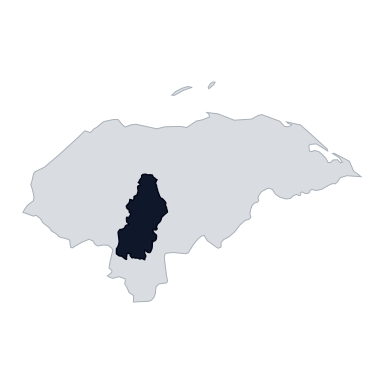 Francisco Morazán on a map of Honduras (Robinson projection)
{"feature_id": "HND-639", "entity_name": "Francisco Morazán", "entity_type": "Department", "adm_level": 1, "iso_a3": "HND", "parent_name": "Honduras", "parent_adm1": "", "projection": "robinson", "projection_center": [-87.226, 14.346], "detail": "fine", "context": "in_parent", "style": "filled", "palette": "ink", "viewbox_px": 384, "rotation_deg": 0, "n_neighbors": 0, "source": "natural_earth", "source_scale": "10m", "svg_char_len": 5800}
<svg xmlns="http://www.w3.org/2000/svg" viewBox="0 0 384 384"><path d="M361.0,176.7L346.9,175.7L340.3,177.7L337.4,182.0L335.0,183.9L332.9,183.5L328.7,185.2L322.4,189.0L316.6,190.5L311.5,189.5L310.1,190.5L309.7,191.7L308.9,193.0L306.9,193.6L304.7,193.3L302.1,191.9L300.8,192.5L300.6,195.0L299.2,195.7L296.6,194.5L293.7,195.4L290.5,198.4L285.9,199.0L280.0,197.3L275.4,194.1L272.2,189.3L268.3,188.1L261.5,191.6L258.6,195.8L258.0,198.3L258.7,200.7L257.5,202.2L254.3,203.0L251.9,205.8L250.3,210.7L250.0,214.5L250.9,217.1L249.4,219.1L245.3,220.3L240.4,224.5L234.8,231.7L229.2,236.7L223.6,239.6L220.9,242.7L221.1,246.2L220.8,247.3L219.7,247.7L217.9,248.2L207.2,240.6L204.1,235.4L201.4,236.2L198.0,238.8L193.3,244.7L188.2,252.8L185.7,253.7L173.0,252.5L166.3,253.2L164.9,254.3L164.3,257.2L164.7,261.2L166.5,275.4L167.6,281.2L166.5,283.0L163.1,283.3L158.7,284.1L156.2,286.8L155.7,289.6L155.4,293.4L154.0,297.4L151.3,300.3L148.5,301.3L133.4,302.0L133.6,295.5L129.3,292.8L126.8,287.3L124.6,283.6L125.3,281.4L125.1,278.8L118.9,276.7L113.1,278.3L109.8,277.3L107.4,275.9L111.6,272.6L111.9,270.7L110.5,269.2L109.1,268.3L109.5,264.6L110.4,260.3L112.8,250.1L111.9,248.4L108.0,245.3L103.1,245.0L97.7,246.0L95.1,244.4L92.9,240.9L89.0,239.3L82.2,242.1L75.0,246.2L72.8,247.8L70.9,247.6L70.1,244.4L69.8,240.7L69.3,239.8L65.5,238.5L61.0,237.5L58.7,236.5L56.5,234.0L51.2,230.7L49.9,228.3L42.8,222.7L41.3,220.0L39.7,218.0L36.2,215.4L33.5,216.1L24.4,212.9L23.0,212.6L24.3,209.8L27.2,205.5L33.5,200.7L34.0,196.8L32.4,189.4L30.7,184.6L31.6,182.4L33.6,173.7L35.1,171.7L44.2,167.3L45.0,166.7L52.2,160.6L60.1,153.8L68.3,146.3L77.5,137.9L82.6,133.0L84.9,130.8L90.2,132.6L94.4,128.6L96.8,127.3L102.4,122.5L104.2,121.5L113.6,119.5L118.1,119.6L122.1,124.4L125.3,127.0L131.2,124.8L136.2,124.3L156.8,128.8L164.9,126.8L180.0,126.4L186.7,127.5L196.3,121.1L202.4,119.8L209.6,116.9L208.6,113.8L206.9,112.5L217.8,113.8L234.2,120.2L251.6,119.1L257.8,115.6L261.9,114.6L279.7,121.2L284.4,126.3L288.1,126.8L290.9,125.6L291.7,124.6L288.2,123.5L286.6,121.9L300.6,125.0L327.2,149.0L327.7,151.0L316.4,143.9L310.4,144.4L308.9,145.6L309.2,149.4L309.8,151.3L312.4,151.5L314.3,150.4L318.9,151.7L322.0,154.3L325.8,158.2L328.1,162.5L330.5,162.6L332.9,160.0L337.3,159.7L340.3,162.6L342.4,162.4L339.4,157.9L332.6,153.5L334.2,153.3L349.4,161.3L353.7,171.3L357.2,173.6L361.0,176.7ZM183.2,90.4L174.5,95.3L171.8,95.2L175.8,91.4L182.2,88.2L187.7,86.6L192.2,87.3L183.2,90.4ZM213.1,85.2L208.9,88.8L208.2,87.2L210.2,83.9L212.7,82.0L215.1,82.2L214.5,83.6L213.1,85.2Z" fill="#d9dde1" stroke="#a8b0b8" stroke-width="1"/><path d="M134.4,197.0L134.6,196.9L134.7,196.4L134.7,196.2L134.9,196.1L135.1,196.1L135.4,196.0L135.9,195.6L136.0,195.5L136.2,195.4L136.5,195.3L136.7,195.2L137.2,194.9L137.3,194.7L137.2,194.5L137.3,194.2L137.8,192.5L138.2,191.1L137.9,188.9L137.7,188.0L137.7,187.0L137.9,186.4L138.1,186.1L138.2,185.9L138.4,185.8L139.5,185.7L140.4,185.0L139.9,184.1L139.8,183.6L139.5,183.3L139.3,183.1L138.4,182.6L139.4,181.0L139.8,180.1L140.3,179.2L141.4,178.1L141.6,177.8L141.6,177.4L141.7,176.2L141.7,175.5L142.7,174.6L145.2,174.2L145.8,174.3L146.4,174.4L146.8,174.7L147.7,174.9L150.6,174.8L152.4,175.2L152.6,175.9L152.8,176.3L153.3,177.1L153.8,177.6L155.1,178.4L155.7,179.1L156.5,179.6L156.7,179.8L156.9,179.9L156.4,180.4L155.9,182.1L155.4,182.6L155.7,183.9L155.9,184.4L156.3,185.0L156.5,185.7L156.7,187.4L156.8,188.1L157.2,188.7L157.7,191.0L159.4,195.7L160.0,197.0L160.7,197.9L161.2,198.4L162.3,198.6L162.8,199.2L164.7,201.2L165.7,202.7L165.7,203.8L165.4,204.8L165.5,205.3L165.6,205.9L166.2,206.9L166.4,207.3L166.5,208.3L166.7,209.1L167.4,211.2L167.3,212.1L163.3,215.6L161.5,217.5L161.1,219.5L160.0,221.6L157.4,224.2L156.7,226.1L156.1,227.1L156.0,227.4L156.1,227.6L156.5,227.7L156.8,227.9L157.0,228.2L157.1,228.5L156.5,229.7L155.4,229.9L154.5,229.7L153.8,229.7L152.6,230.2L152.9,231.3L154.4,233.5L155.9,234.7L156.3,235.0L156.4,235.4L156.5,236.1L156.3,238.5L155.8,239.8L155.1,240.5L154.2,241.1L152.3,240.7L152.6,241.6L152.6,242.0L152.6,242.6L152.3,243.2L152.2,244.0L152.3,245.2L152.0,248.1L151.0,250.9L150.1,252.2L149.8,252.5L149.0,252.5L147.6,252.2L147.2,251.9L146.0,250.7L145.1,250.3L144.8,250.8L144.7,251.0L144.6,251.5L144.6,252.4L144.6,253.3L144.8,253.9L145.1,254.4L145.7,255.7L145.7,256.6L145.3,257.3L144.8,258.3L144.7,259.4L144.7,259.6L144.4,259.6L141.8,258.3L140.1,259.0L137.4,257.9L135.5,258.1L135.0,257.9L134.3,257.5L132.1,257.8L131.4,257.0L130.3,255.8L130.2,255.0L130.6,254.0L130.7,253.7L130.1,253.7L129.9,253.7L129.3,253.6L128.7,253.4L127.6,253.4L127.0,253.6L126.8,254.3L126.7,255.9L126.4,257.3L126.4,258.2L126.6,259.0L126.2,259.3L125.6,259.1L124.2,258.1L122.3,256.5L122.1,256.3L121.9,256.1L121.7,256.0L120.7,256.1L119.0,255.7L116.8,254.1L116.4,253.3L116.5,250.6L116.5,248.8L118.0,246.6L118.4,245.2L118.6,244.9L118.7,244.5L119.1,242.3L119.2,241.1L118.2,233.0L118.3,231.7L119.4,230.2L119.8,229.7L120.2,229.5L120.5,229.6L122.3,229.3L123.8,228.5L124.5,228.1L124.8,227.6L124.9,227.3L125.4,226.0L126.5,225.2L127.9,224.9L128.3,224.6L128.6,224.2L128.6,223.9L128.5,223.6L128.3,223.2L128.1,223.0L127.9,222.9L127.5,222.7L127.2,222.3L126.9,221.9L126.7,221.6L126.6,220.9L126.5,218.5L126.6,217.8L126.7,217.4L127.0,217.3L127.5,217.4L128.2,217.7L128.6,217.6L128.9,217.3L130.3,215.2L130.9,213.9L130.7,213.4L129.4,212.3L129.3,212.1L129.2,211.9L129.4,211.7L129.6,211.5L129.6,210.9L129.5,210.6L129.3,210.3L128.0,209.1L127.2,208.5L126.9,208.0L126.7,207.4L126.5,206.9L126.4,206.0L129.1,202.9L129.6,201.8L129.7,201.5L129.7,201.1L129.8,200.8L129.8,199.8L129.9,199.6L130.0,199.5L130.5,199.6L131.0,199.8L131.4,199.9L131.5,199.9L131.8,200.0L131.8,200.3L132.1,200.5L132.3,200.6L132.5,200.6L133.1,200.6L133.9,199.0L134.1,198.2L134.1,197.8L134.1,197.5L134.0,197.0L134.0,196.8L134.1,196.7L134.2,196.8L134.3,196.9L134.4,197.0Z" fill="#0f172a" stroke="#020617" stroke-width="1.5"/></svg>